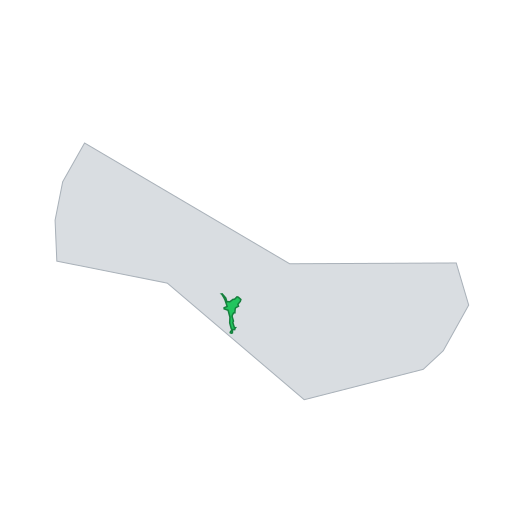 location of Hagåtña, Guam, rotated 256°
{"feature_id": "77769853B92026365900832", "entity_name": "Hagåtña", "entity_type": "district", "adm_level": 2, "iso_a3": "GUM", "parent_name": "Guam", "parent_adm1": "", "projection": "mercator", "projection_center": [144.749, 13.472], "detail": "fine", "context": "in_parent", "style": "filled", "palette": "green", "viewbox_px": 512, "rotation_deg": 256, "n_neighbors": 0, "source": "geoboundaries", "source_scale": "gbopen_adm2", "svg_char_len": 914}
<svg xmlns="http://www.w3.org/2000/svg" viewBox="0 0 512 512"><g transform="rotate(256 256 256)"><path d="M200.8,448.6L156.9,450.5L118.8,414.8L105.6,390.9L104.9,268.0L251.1,163.4L299.2,61.5L339.3,69.7L374.8,86.4L407.1,117.0L240.3,286.8L200.8,448.6Z" fill="#d9dde1" stroke="#a8b0b8" stroke-width="1"/><path d="M227.5,213.4L227.4,213.5L223.6,214.7L220.8,215.3L214.3,215.8L214.0,215.8L213.5,212.5L212.4,212.3L210.1,215.8L202.9,215.9L197.5,214.3L191.5,214.4L189.8,214.8L189.0,213.1L187.8,212.4L187.0,213.4L187.1,214.5L190.4,215.5L189.7,217.5L190.9,218.2L191.4,218.8L191.7,217.7L197.1,217.4L198.3,218.4L202.9,218.2L204.3,218.7L206.2,220.5L206.0,221.8L206.5,221.9L209.7,223.0L210.7,223.7L211.5,226.9L213.5,226.7L215.8,229.8L217.5,230.8L220.4,228.8L221.0,227.7L219.2,224.7L219.5,223.2L217.9,219.4L218.3,218.6L218.6,216.7L222.6,216.5L227.5,214.0L227.5,213.4Z" fill="#22c55e" stroke="#15803d" stroke-width="1.5"/></g></svg>